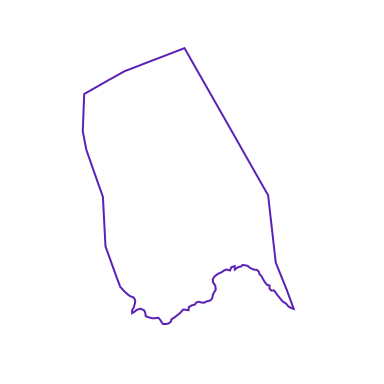 the district of Barra de Santa Rosa, Paraíba, Brazil, rotated 108°
{"feature_id": "56859067B56104642603806", "entity_name": "Barra de Santa Rosa", "entity_type": "district", "adm_level": 2, "iso_a3": "BRA", "parent_name": "Brazil", "parent_adm1": "Paraíba", "projection": "orthographic", "projection_center": [-35.977, -6.767], "detail": "fine", "context": "isolated", "style": "outline", "palette": "violet", "viewbox_px": 384, "rotation_deg": 108, "n_neighbors": 0, "source": "geoboundaries", "source_scale": "gbopen_adm2", "svg_char_len": 1417}
<svg xmlns="http://www.w3.org/2000/svg" viewBox="0 0 384 384"><g transform="rotate(108 192 192)"><path d="M325.7,211.5L323.8,209.8L321.0,207.9L318.9,204.9L319.3,201.0L321.1,199.3L324.4,197.6L324.6,194.2L324.2,189.9L322.0,185.1L323.8,182.2L325.2,180.6L326.5,178.7L325.5,175.7L324.2,173.6L321.9,172.0L319.4,172.2L317.3,170.4L314.8,168.6L310.6,165.9L306.5,164.0L306.0,161.9L305.5,158.8L302.4,159.4L299.9,157.2L298.1,154.4L296.0,154.0L294.3,151.6L294.2,148.9L293.5,146.2L291.4,144.2L290.2,142.0L288.3,140.3L286.0,140.0L283.5,140.4L280.8,140.0L277.6,139.2L273.9,140.9L271.4,144.0L268.7,145.3L265.5,144.6L261.8,142.0L259.2,139.1L256.9,137.4L255.1,135.3L254.9,131.6L251.4,131.3L249.3,128.5L252.5,127.3L249.1,124.9L247.7,122.3L245.7,121.3L245.4,119.1L245.0,116.4L246.3,113.1L246.7,109.1L246.0,106.2L247.2,103.8L249.6,102.1L250.5,100.0L252.5,98.0L255.0,95.1L257.1,92.0L257.0,89.3L259.9,88.5L261.2,86.2L260.3,83.4L262.3,80.7L263.8,78.8L265.5,76.0L268.0,72.2L269.1,68.0L271.0,64.9L271.7,61.8L271.7,59.2L256.1,71.4L233.3,90.5L217.1,97.9L171.6,118.6L138.3,155.1L127.6,166.7L57.5,243.6L80.8,272.4L98.0,293.5L112.3,306.8L132.1,324.8L143.5,321.6L168.1,314.6L184.4,305.6L198.1,295.2L224.2,275.2L232.6,272.0L270.4,257.5L295.8,237.8L304.3,231.0L306.0,228.1L307.7,225.0L309.6,220.6L310.2,218.3L310.4,214.7L312.8,212.4L315.4,211.9L317.5,211.8L320.2,211.8L323.1,212.4L325.7,211.5Z" fill="none" stroke="#5b21b6" stroke-width="2"/></g></svg>